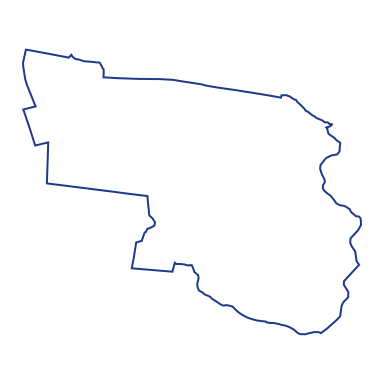 Ghioroc, Arad, Romania
{"feature_id": "2599482B24745533124468", "entity_name": "Ghioroc", "entity_type": "district", "adm_level": 2, "iso_a3": "ROU", "parent_name": "Romania", "parent_adm1": "Arad", "projection": "equal_earth", "projection_center": [21.586, 46.163], "detail": "fine", "context": "isolated", "style": "outline", "palette": "blue", "viewbox_px": 384, "rotation_deg": 0, "n_neighbors": 0, "source": "geoboundaries", "source_scale": "gbopen_adm2", "svg_char_len": 2902}
<svg xmlns="http://www.w3.org/2000/svg" viewBox="0 0 384 384"><path d="M71.4,54.8L69.7,56.6L68.8,57.6L42.4,52.6L40.1,52.2L28.2,50.0L25.9,49.7L23.0,62.8L23.1,64.6L23.2,66.4L25.2,79.1L27.0,85.1L35.6,106.4L23.3,109.5L25.8,116.7L30.1,129.5L35.1,145.3L35.2,145.5L48.2,142.4L47.8,157.2L47.6,161.5L46.9,183.4L107.4,191.0L114.6,191.9L128.9,193.8L147.0,196.0L147.3,196.1L147.6,196.2L147.5,197.3L147.7,199.7L147.9,202.0L148.6,208.5L149.2,214.9L149.7,215.7L152.8,218.7L153.9,220.7L155.0,222.2L154.3,225.8L150.5,227.7L147.4,228.9L145.9,231.9L145.2,232.3L144.7,232.4L142.1,239.7L141.9,240.8L136.2,242.4L133.7,258.2L131.8,268.3L172.4,271.7L174.8,262.8L176.3,264.0L178.2,264.0L180.6,264.0L184.6,264.5L187.5,265.4L189.1,265.2L189.5,265.5L190.4,265.2L191.7,265.1L193.2,268.3L194.3,271.9L197.8,274.8L198.3,276.0L198.6,278.1L198.0,280.9L197.5,282.7L197.2,285.1L197.7,287.2L198.5,289.6L198.8,290.4L202.1,292.2L204.8,294.5L206.3,295.1L208.5,296.0L210.1,296.8L211.7,298.5L220.8,304.5L223.5,305.7L224.2,305.6L225.8,305.1L226.7,305.2L227.7,305.3L232.1,306.4L233.3,307.1L234.3,308.4L237.0,311.0L240.0,313.4L243.1,315.3L246.5,317.2L250.9,318.8L256.5,320.4L261.6,321.1L265.9,321.6L266.5,322.3L270.5,323.0L273.6,323.0L277.0,323.7L279.1,324.1L281.1,324.8L285.7,325.7L289.4,327.1L293.4,329.3L298.2,333.3L300.3,334.1L305.2,334.3L308.0,333.5L314.1,332.1L318.5,332.1L320.9,333.1L326.9,328.7L336.9,319.8L340.2,316.2L341.6,305.8L343.3,302.3L348.2,297.2L348.3,291.9L343.8,284.8L344.0,281.2L351.9,272.6L359.1,264.8L356.6,261.2L355.2,251.3L351.7,246.4L350.2,242.6L350.5,238.4L358.1,230.2L361.0,225.0L360.8,220.1L360.4,218.1L358.8,216.5L355.9,216.2L350.8,211.8L349.9,209.3L346.3,207.0L344.6,206.0L339.8,205.2L336.4,203.4L334.0,200.0L330.6,195.7L326.9,193.1L324.4,190.8L322.9,188.5L323.0,185.2L324.8,182.4L324.6,179.8L321.7,173.8L320.1,168.8L320.5,165.1L325.9,158.2L331.2,155.5L337.2,154.4L339.5,151.5L339.9,146.2L340.3,142.9L336.8,140.4L333.9,137.5L331.2,135.7L328.5,133.8L327.7,130.8L327.3,128.7L326.3,127.5L328.5,126.8L330.4,126.2L331.0,125.5L331.6,124.9L332.0,124.4L331.8,124.2L330.7,124.1L329.5,124.1L328.5,123.0L327.8,122.4L327.0,122.3L325.5,122.4L325.0,122.3L324.3,122.0L323.5,121.3L322.8,120.7L321.4,120.0L320.1,119.5L318.8,119.0L317.3,118.3L315.9,117.7L315.0,116.8L314.3,116.2L312.9,115.6L311.8,114.9L308.5,112.2L307.0,111.4L305.5,110.5L304.5,108.8L300.3,104.6L297.5,102.2L296.5,100.8L296.2,100.1L295.4,99.7L294.9,99.7L294.7,99.6L292.9,98.7L290.0,96.6L288.7,96.0L288.2,96.1L286.5,95.1L286.1,95.1L281.4,95.4L281.0,97.6L280.6,97.6L269.7,95.6L258.8,93.8L232.8,89.7L216.6,87.4L206.6,85.7L203.1,84.8L200.8,84.2L184.3,81.7L172.7,79.8L159.6,79.1L138.8,78.9L118.1,78.2L103.5,77.3L103.7,73.3L103.7,70.7L103.5,69.1L102.6,68.2L101.7,66.1L100.0,63.2L99.4,62.7L98.8,62.4L97.3,62.5L94.3,62.1L91.3,61.8L83.4,61.2L82.9,60.9L78.7,59.5L75.5,59.0L75.2,59.0L73.9,57.6L73.2,57.3L72.6,57.0L71.4,54.8Z" fill="none" stroke="#1e3a8a" stroke-width="2"/></svg>